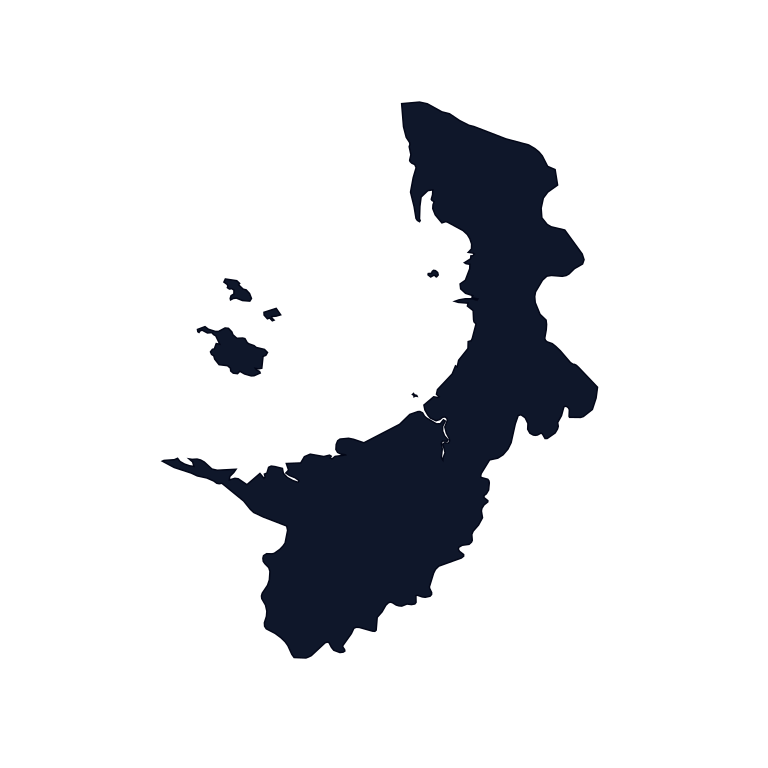 the Province of Panama, rotated 122°
{"feature_id": "PAN-1340", "entity_name": "Panama", "entity_type": "Province", "adm_level": 1, "iso_a3": "PAN", "parent_name": "Panama", "parent_adm1": "", "projection": "robinson", "projection_center": [-79.066, 8.844], "detail": "fine", "context": "isolated", "style": "filled", "palette": "ink", "viewbox_px": 768, "rotation_deg": 122, "n_neighbors": 0, "source": "natural_earth", "source_scale": "10m", "svg_char_len": 6176}
<svg xmlns="http://www.w3.org/2000/svg" viewBox="0 0 768 768"><g transform="rotate(122 384 384)"><path d="M566.9,531.1L565.4,530.1L559.3,521.7L556.4,519.7L557.8,516.0L557.6,510.7L556.3,505.3L554.6,501.5L551.5,505.0L550.8,509.6L549.6,506.8L546.7,502.7L545.6,499.2L545.4,495.0L547.3,484.9L545.5,479.7L534.7,464.3L538.7,464.5L544.2,465.8L547.3,464.3L543.0,460.5L541.6,457.4L542.0,446.9L525.6,441.8L527.6,435.8L525.8,435.6L523.8,437.7L521.6,436.1L515.8,437.7L513.4,436.2L511.8,432.7L509.4,425.4L513.1,422.0L514.5,416.5L514.2,410.4L513.0,404.8L511.0,404.8L510.6,409.6L511.7,415.8L511.5,420.1L507.6,419.3L503.2,424.7L495.1,412.8L487.8,413.0L482.6,409.4L477.4,396.6L473.2,392.5L473.2,390.5L475.2,390.5L475.2,388.4L471.3,387.1L464.0,378.2L466.2,383.2L466.6,387.1L465.0,390.1L460.6,392.5L456.7,393.2L454.0,392.1L448.8,385.3L447.0,380.5L444.5,369.9L409.9,349.4L396.1,346.0L389.4,340.6L388.3,339.0L388.0,336.0L389.8,332.7L390.3,329.9L390.0,318.5L387.9,315.2L382.9,314.6L382.9,312.4L388.6,311.9L392.9,309.3L395.9,305.2L397.5,300.1L399.1,300.1L401.4,304.2L404.0,304.0L408.3,300.1L416.0,296.4L417.3,293.8L415.6,294.7L409.9,295.8L403.7,302.3L401.6,301.4L400.1,298.0L397.5,298.1L395.8,299.6L392.6,305.1L388.2,309.7L381.2,311.0L379.9,312.4L379.5,314.6L381.1,316.7L384.5,317.8L387.6,320.4L388.3,326.7L387.1,330.4L384.4,335.5L380.7,339.0L368.5,335.1L367.0,331.3L365.6,330.5L364.9,334.1L360.4,335.7L339.3,331.5L330.7,333.0L330.7,331.0L324.3,333.3L309.4,331.6L303.4,335.1L301.1,333.0L298.6,333.3L284.3,337.8L283.6,340.6L281.9,342.2L274.5,347.3L273.7,354.6L270.9,355.5L275.4,364.2L276.4,367.8L272.9,365.0L268.7,360.3L265.1,354.6L263.7,349.4L262.0,349.4L263.7,353.7L263.7,355.5L262.0,355.5L263.9,362.9L262.7,369.4L258.8,372.5L252.9,370.0L240.8,372.4L237.0,374.6L238.5,378.2L238.5,380.1L231.9,376.9L229.3,378.2L228.2,376.7L225.9,376.2L225.9,378.2L227.7,382.3L223.1,381.4L218.8,383.9L215.3,388.2L213.1,392.5L212.0,398.3L213.1,416.1L213.7,417.8L216.7,420.3L213.4,430.2L209.4,435.6L206.1,437.4L202.8,438.1L202.9,440.6L202.3,441.8L197.8,443.1L193.5,445.5L196.8,449.3L205.8,451.6L214.3,447.7L225.3,441.3L226.2,439.9L227.5,439.9L227.6,442.4L226.6,444.6L217.7,452.4L207.2,463.2L193.5,468.6L183.5,471.4L181.6,474.2L182.0,477.5L181.5,479.8L180.7,480.8L175.3,482.7L169.4,488.4L167.0,489.0L165.6,490.3L163.0,495.9L155.5,503.8L136.9,517.6L126.1,503.3L123.4,495.8L122.5,479.1L120.1,471.7L120.5,459.5L119.6,449.2L118.0,444.2L111.5,410.5L104.6,388.0L104.4,380.9L105.1,375.5L106.7,370.6L112.7,360.6L111.5,352.5L123.3,342.2L134.5,346.8L141.9,347.4L151.6,343.9L159.4,338.2L162.2,330.2L162.1,325.6L157.6,312.3L168.7,284.8L172.6,280.2L177.0,279.2L185.2,283.6L192.6,285.4L195.5,287.0L198.2,289.9L203.2,299.5L206.2,303.0L212.0,304.6L225.6,304.3L230.0,302.5L234.8,298.9L242.2,288.6L243.9,280.4L247.3,277.7L251.9,275.2L260.1,271.9L261.4,270.2L261.8,268.1L260.6,262.7L261.1,258.3L262.4,252.0L267.0,237.3L267.1,234.1L266.4,232.9L266.2,230.8L266.8,227.7L273.6,201.2L283.5,196.7L295.2,193.8L306.0,197.7L308.2,199.6L313.9,209.0L313.4,209.9L307.6,213.2L306.6,214.8L306.2,216.6L306.9,218.7L308.2,219.3L316.8,216.7L324.7,216.3L327.5,213.8L330.2,213.0L334.8,212.9L343.7,216.7L344.9,218.5L342.4,223.2L342.4,224.8L345.9,226.8L347.3,228.4L348.2,230.4L348.4,234.2L346.2,238.2L341.2,241.0L337.8,246.4L337.5,251.5L339.6,253.5L348.3,251.5L366.4,245.1L373.5,244.4L380.9,245.5L386.6,248.2L392.4,254.2L408.4,254.1L410.7,253.3L411.8,252.2L409.8,245.5L410.6,243.6L412.1,242.3L418.5,239.1L422.9,239.0L425.6,240.0L427.3,239.1L427.9,234.1L429.0,233.5L433.6,235.1L437.6,235.1L440.1,234.1L445.2,229.6L453.5,229.1L461.6,230.4L465.1,229.8L469.8,226.3L471.7,226.0L474.9,226.9L479.3,232.2L482.9,234.1L484.8,233.3L485.9,231.3L486.4,226.1L487.8,225.2L490.6,226.2L509.4,241.0L514.0,242.1L518.1,241.7L532.0,238.0L533.2,236.9L535.6,233.1L537.3,232.1L539.6,232.5L543.0,236.0L544.3,238.8L545.5,243.9L546.6,244.8L552.2,241.1L554.2,241.3L556.5,243.8L558.4,247.9L562.9,251.2L564.2,253.7L565.0,256.5L565.0,261.0L565.6,263.0L567.1,264.3L570.7,265.2L578.3,264.9L585.5,266.1L596.9,260.2L598.6,260.7L599.7,262.8L603.5,275.9L605.0,278.6L607.1,280.1L613.0,279.4L627.8,280.3L628.9,279.5L630.1,276.7L631.2,275.7L633.0,276.5L635.1,279.1L636.4,285.5L635.2,289.0L632.4,293.7L633.0,295.4L634.7,296.8L652.9,301.7L655.7,303.5L657.7,305.0L663.6,315.3L662.1,318.9L656.8,326.9L655.0,331.3L653.8,336.9L653.2,344.2L654.0,354.1L652.7,356.9L649.9,358.9L643.3,360.6L638.7,363.0L634.3,367.3L630.8,373.9L628.7,375.6L625.9,376.4L616.4,376.1L610.9,377.4L603.4,381.4L600.8,384.4L599.5,389.8L598.4,392.4L595.9,394.4L593.4,395.2L590.1,393.6L587.4,389.0L585.7,387.3L579.4,384.7L575.0,383.8L571.3,383.6L559.2,388.2L556.0,391.3L560.7,415.6L562.0,426.4L561.1,431.0L557.6,441.0L554.1,468.9L555.9,470.9L556.8,473.2L556.5,477.0L557.6,484.5L560.9,493.7L561.7,500.3L566.0,517.7L566.9,531.1ZM439.7,499.6L439.3,496.2L440.3,494.8L445.8,498.5L447.5,500.9L449.4,507.6L449.6,513.0L452.9,513.7L454.7,517.6L454.2,520.9L452.0,522.6L451.4,526.4L455.0,534.1L452.6,540.8L450.3,543.3L450.3,545.9L448.7,548.2L445.5,547.9L444.2,546.5L438.6,547.7L437.3,544.3L432.3,552.2L432.4,554.7L431.7,557.3L434.3,560.8L434.7,566.7L436.3,568.1L438.3,568.2L438.3,569.6L436.6,571.1L430.2,566.2L430.6,562.0L428.8,554.9L427.1,552.2L420.7,548.5L419.2,545.4L420.4,540.7L422.3,538.2L423.2,533.0L419.9,528.2L419.2,526.0L421.4,521.9L421.5,519.9L420.3,514.5L420.7,511.7L418.0,503.7L419.0,499.5L422.3,499.4L424.7,501.2L435.4,496.0L437.7,498.5L438.9,501.5L439.7,499.6ZM384.8,541.7L388.2,548.2L389.4,554.7L391.3,557.1L394.0,558.7L392.9,559.8L390.1,560.5L387.2,559.0L383.9,561.0L383.8,563.6L385.4,565.4L385.3,567.9L383.7,568.3L382.7,569.7L382.4,573.8L379.0,574.2L374.4,563.6L375.2,559.7L376.9,559.9L378.2,553.7L377.2,550.8L378.5,546.0L381.7,541.7L384.8,541.7ZM389.1,522.2L386.8,523.8L377.0,515.5L380.1,508.3L383.6,511.4L386.3,515.0L387.5,513.9L388.1,511.1L389.6,512.2L388.6,516.0L390.5,517.4L389.1,522.2ZM261.0,397.6L262.8,395.8L265.3,396.2L265.5,397.1L264.9,397.8L265.7,399.6L268.5,401.1L268.1,404.5L266.9,405.0L264.9,402.3L263.0,402.8L261.3,402.2L260.6,400.4L261.0,397.6ZM376.4,350.2L376.9,349.4L377.4,350.8L378.9,351.8L377.8,352.6L377.8,354.3L376.4,353.9L377.1,352.7L376.4,350.2Z" fill="#0f172a" stroke="#020617" stroke-width="1.5"/></g></svg>